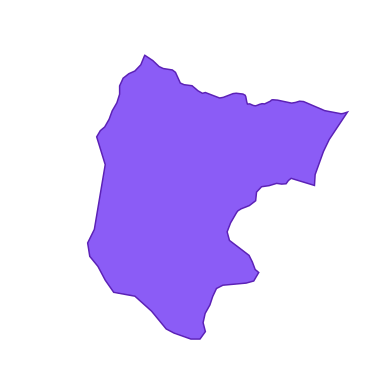 the Province of Giresun, rotated 24°
{"feature_id": "TUR-2292", "entity_name": "Giresun", "entity_type": "Province", "adm_level": 1, "iso_a3": "TUR", "parent_name": "Turkey", "parent_adm1": "", "projection": "orthographic", "projection_center": [38.652, 40.562], "detail": "fine", "context": "isolated", "style": "filled", "palette": "violet", "viewbox_px": 384, "rotation_deg": 24, "n_neighbors": 0, "source": "natural_earth", "source_scale": "10m", "svg_char_len": 1311}
<svg xmlns="http://www.w3.org/2000/svg" viewBox="0 0 384 384"><g transform="rotate(24 192 192)"><path d="M93.3,86.3L102.8,87.9L110.9,90.8L115.5,90.9L124.4,88.5L128.2,89.4L137.0,97.2L141.1,97.2L148.8,94.9L156.3,97.1L161.4,97.6L163.7,95.7L179.0,94.9L182.1,92.8L189.5,85.4L192.2,83.8L198.7,81.8L201.2,82.0L202.4,83.1L205.5,87.6L206.9,89.1L208.9,88.0L212.8,88.0L214.9,87.5L216.3,86.3L218.0,84.5L220.1,82.8L222.5,82.0L226.6,77.2L227.3,75.6L228.2,74.9L232.7,73.3L246.8,70.3L250.1,68.1L253.3,65.3L257.1,64.0L280.1,63.7L296.3,59.9L298.1,58.8L301.5,55.8L296.0,88.2L295.6,101.6L297.4,126.0L301.2,136.2L277.0,139.2L275.4,142.3L274.6,146.2L270.7,148.3L265.8,149.7L259.9,154.8L253.4,158.9L251.0,165.8L253.7,174.1L249.9,181.1L243.7,187.4L241.6,190.5L241.1,192.6L239.8,204.5L240.3,214.1L245.9,221.0L269.9,226.7L275.6,231.4L281.2,237.1L285.7,238.4L284.6,248.2L278.5,253.2L258.1,264.6L253.6,270.2L253.4,279.0L254.3,287.9L253.4,297.6L255.3,306.9L261.0,314.1L259.1,323.1L250.8,326.8L233.1,328.2L224.1,327.6L203.5,317.3L182.2,310.4L161.3,315.5L148.7,307.9L136.3,298.2L124.8,292.4L117.4,281.0L118.0,265.9L101.6,202.3L82.5,180.4L83.3,173.2L85.8,168.1L86.7,159.3L86.1,150.3L87.1,141.1L86.1,132.1L82.7,124.5L82.8,116.0L86.2,109.6L90.6,104.7L93.5,96.6L93.2,87.3L93.3,86.3Z" fill="#8b5cf6" stroke="#5b21b6" stroke-width="1.5"/></g></svg>